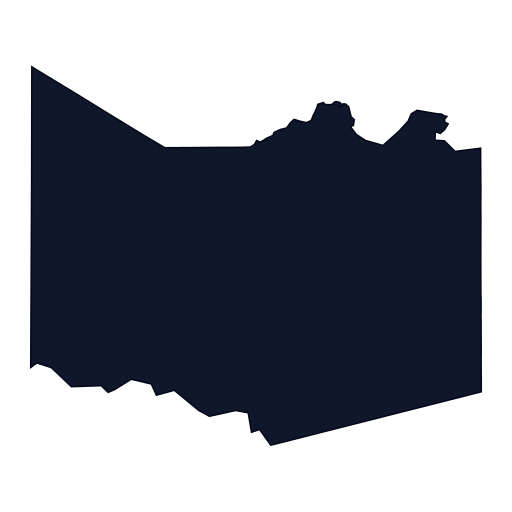 outline of Harrison, Texas, United States of America
{"feature_id": "52423323B74436267722648", "entity_name": "Harrison", "entity_type": "district", "adm_level": 2, "iso_a3": "USA", "parent_name": "United States of America", "parent_adm1": "Texas", "projection": "albers", "projection_center": [-94.284, 32.56], "detail": "fine", "context": "isolated", "style": "filled", "palette": "ink", "viewbox_px": 512, "rotation_deg": 0, "n_neighbors": 0, "source": "geoboundaries", "source_scale": "gbopen_adm2", "svg_char_len": 1604}
<svg xmlns="http://www.w3.org/2000/svg" viewBox="0 0 512 512"><path d="M114.6,389.6L131.2,379.3L151.3,384.0L156.4,395.2L174.3,390.3L198.8,410.5L209.4,416.3L235.6,410.5L248.2,412.8L251.5,432.3L259.5,429.5L270.8,445.2L481.3,391.8L481.3,385.6L481.3,385.0L481.1,356.8L481.2,353.2L481.1,328.5L481.2,327.8L481.1,326.5L481.1,322.4L481.1,320.5L481.0,317.3L481.0,315.4L481.1,310.3L481.1,300.4L480.9,293.5L480.9,291.2L480.8,256.4L480.8,252.5L480.9,215.4L480.8,208.8L480.8,205.8L480.9,190.9L480.9,188.4L480.8,178.9L480.6,148.2L455.1,151.4L444.4,140.8L435.0,140.2L435.3,131.8L440.3,133.4L444.5,129.8L448.2,123.9L444.7,122.0L444.6,119.3L446.9,116.4L444.6,116.0L441.5,114.1L437.4,113.8L434.3,113.3L428.4,112.3L417.0,110.3L411.3,113.8L408.1,121.2L398.9,131.2L383.0,145.4L365.6,140.5L356.4,134.5L351.3,127.8L351.3,126.4L352.4,125.4L353.4,125.6L354.3,119.6L351.1,116.7L348.7,106.8L345.4,103.9L341.6,104.0L341.7,105.6L339.4,106.2L339.8,105.0L340.3,102.7L338.6,102.1L336.9,101.6L334.8,101.8L334.2,102.4L333.6,102.7L332.8,103.7L333.0,104.3L329.1,104.7L325.2,104.5L323.4,102.5L317.8,104.3L317.1,106.8L315.2,111.5L313.6,114.5L311.1,120.6L306.4,122.6L299.6,121.1L294.1,119.3L290.4,122.7L286.6,127.9L280.3,129.5L274.0,132.5L272.9,135.4L266.9,138.1L260.3,142.2L256.6,140.5L254.3,144.6L250.3,147.0L241.7,147.3L212.5,147.4L188.8,147.6L169.8,147.7L164.8,147.7L143.0,134.8L130.1,126.9L126.4,124.6L119.3,120.3L108.0,113.4L89.2,101.8L79.3,95.7L53.9,80.3L43.9,74.2L32.4,67.2L31.8,66.8L31.6,180.9L30.7,367.5L36.8,363.0L51.3,367.6L71.4,386.7L101.2,385.7L108.1,392.4L114.6,389.6Z" fill="#0f172a" stroke="#020617" stroke-width="1.5"/></svg>